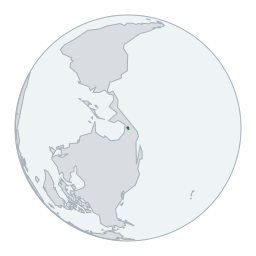 Tlaxcala on an orthographic globe, rotated 214°
{"feature_id": "MEX-2726", "entity_name": "Tlaxcala", "entity_type": "State", "adm_level": 1, "iso_a3": "MEX", "parent_name": "Mexico", "parent_adm1": "", "projection": "orthographic", "projection_center": [-98.173, 19.419], "detail": "fine", "context": "on_globe", "style": "filled", "palette": "green", "viewbox_px": 256, "rotation_deg": 214, "n_neighbors": 0, "source": "natural_earth", "source_scale": "10m", "svg_char_len": 8824}
<svg xmlns="http://www.w3.org/2000/svg" viewBox="0 0 256 256"><g transform="rotate(214 128 128)"><circle cx="128" cy="128" r="113" fill="#eef3f6" stroke="#a8b0b8"/><path d="M20.9,162.5L21.1,163.3L20.9,162.5ZM166.1,147.5L163.5,146.6L161.2,150.1L152.0,145.7L148.3,139.4L118.1,130.1L114.5,126.7L113.8,121.1L100.6,102.5L107.8,119.9L103.2,116.5L99.0,110.3L100.7,108.8L97.1,99.7L92.6,96.2L90.0,84.9L94.5,71.2L96.3,73.4L97.2,70.2L94.9,67.3L93.2,66.3L93.1,53.8L86.7,47.2L81.6,48.2L85.1,45.8L73.3,50.3L67.8,50.3L75.9,48.5L78.2,47.0L75.5,45.9L77.2,44.1L76.9,42.7L79.2,40.8L83.8,40.3L85.4,39.2L83.3,38.5L84.4,36.5L87.2,37.6L89.3,34.3L97.3,33.6L102.8,39.5L109.2,38.7L120.0,44.1L120.9,42.5L125.5,44.0L128.4,42.8L129.6,44.4L130.8,42.1L129.1,40.9L129.1,39.5L130.6,38.8L132.4,40.7L131.9,41.3L133.2,41.5L133.5,42.8L134.2,41.8L136.2,44.3L136.5,40.8L139.9,42.1L140.7,44.1L137.6,45.1L131.8,53.3L131.5,56.3L134.3,59.1L145.6,61.4L146.6,64.4L150.1,67.5L150.9,65.1L148.5,61.9L150.9,58.6L147.6,55.4L148.1,53.7L146.0,50.3L149.5,49.6L154.1,50.9L156.1,53.9L158.1,54.7L158.8,51.1L165.0,56.3L173.4,59.4L174.7,61.1L172.5,65.2L165.9,66.7L163.1,73.4L168.2,68.0L171.2,72.8L173.1,73.3L174.8,72.6L174.9,70.5L176.6,72.1L172.2,77.6L170.6,76.2L172.0,74.4L169.0,75.3L166.0,79.7L167.8,82.1L161.5,87.1L162.7,89.0L161.9,91.4L160.5,87.9L163.0,94.4L155.8,103.2L159.1,115.0L152.4,106.4L147.8,105.9L142.5,106.6L143.0,108.6L135.4,107.8L129.4,112.4L128.5,122.1L132.2,129.1L140.6,128.8L142.4,124.6L148.2,123.2L145.4,134.5L155.7,135.0L155.4,143.1L158.6,147.0L163.4,145.3L168.5,146.5L171.7,141.3L176.9,137.9L177.6,144.4L180.1,137.9L183.3,140.4L193.5,137.9L192.9,139.6L201.5,145.0L210.0,145.8L211.9,149.7L211.0,152.9L213.7,152.7L213.7,154.6L223.6,153.0L227.9,155.1L227.2,161.4L222.5,170.5L215.9,186.5L206.9,194.3L202.9,200.4L193.0,210.1L187.8,211.2L187.5,214.3L183.2,217.2L179.4,218.3L177.3,220.8L174.3,221.5L175.2,222.5L168.5,226.3L168.0,228.3L162.6,231.0L162.4,231.9L161.1,232.1L159.2,232.8L158.4,233.4L155.2,233.1L156.5,230.6L159.3,229.0L157.6,229.0L163.8,224.6L161.2,225.7L165.3,219.3L170.8,213.2L177.8,195.0L176.3,191.6L169.1,188.4L160.6,175.0L163.5,168.4L161.4,165.7L168.4,155.7L166.1,147.5ZM38.1,112.6L38.7,110.0L39.3,111.9L38.1,112.6ZM38.4,108.2L38.3,109.1L38.3,108.3L38.4,108.2ZM37.9,107.5L38.3,108.0L37.8,107.7L37.9,107.5ZM37.2,106.9L37.6,107.1L37.2,106.9ZM159.2,119.2L171.0,123.3L165.0,124.9L166.0,123.7L162.9,121.7L157.3,120.3L151.9,122.2L159.2,119.2ZM36.3,105.1L36.1,104.6L36.6,104.5L36.3,105.1ZM163.0,111.9L161.1,111.7L162.9,111.4L163.0,111.9ZM92.2,66.2L94.7,67.5L96.1,70.8L93.8,69.9L92.2,66.2ZM89.8,60.3L91.5,60.2L90.4,63.3L89.8,62.4L89.8,60.3ZM77.5,49.6L79.2,50.1L76.9,50.2L77.5,49.6ZM76.4,42.8L75.4,43.3L75.7,42.4L76.4,42.8ZM144.2,50.9L145.0,50.6L145.0,51.4L144.2,50.9ZM142.4,49.8L141.7,50.9L140.8,50.6L141.2,49.9L142.4,49.8ZM79.5,38.8L80.3,37.4L80.3,38.7L79.5,38.8ZM143.5,48.5L139.2,49.9L137.5,49.3L137.9,46.2L143.5,48.5ZM81.2,36.5L83.0,33.4L80.8,34.0L88.0,30.8L84.1,34.3L84.5,35.7L82.9,35.6L81.2,36.5ZM128.0,40.8L129.8,42.1L126.9,41.7L128.0,40.8ZM126.1,40.9L117.2,42.4L115.3,40.3L118.7,40.1L115.1,38.3L118.5,36.5L121.3,37.2L121.8,38.8L122.7,36.9L126.1,40.9ZM91.6,29.6L92.7,28.9L92.4,29.6L91.6,29.6ZM128.9,38.9L127.3,39.3L125.5,37.5L128.4,36.5L128.1,37.4L128.9,38.9ZM112.5,38.7L111.7,37.4L114.2,35.5L114.3,34.8L118.5,36.3L112.5,38.7ZM129.2,37.4L130.0,36.0L132.2,36.3L130.4,38.5L129.2,37.4ZM123.8,37.6L123.1,36.7L124.5,36.8L123.8,37.6ZM140.4,36.8L138.5,37.0L137.4,36.1L140.4,36.8ZM130.1,35.5L129.3,35.4L128.7,35.2L129.6,34.4L130.1,35.5ZM120.0,35.0L121.2,34.6L118.4,34.3L120.2,33.1L122.7,34.4L122.4,33.3L122.9,33.0L124.3,34.5L120.0,35.0ZM128.6,32.7L132.4,34.3L136.1,33.9L137.2,34.7L131.0,35.2L128.6,32.7ZM126.0,33.6L127.9,33.2L128.2,34.3L127.2,35.2L126.0,33.6ZM120.5,31.8L117.1,33.3L116.7,33.0L120.5,31.8ZM129.6,32.4L128.7,32.0L129.9,32.2L129.6,32.4ZM123.3,31.7L122.1,32.2L121.7,31.9L123.3,31.7ZM127.8,31.0L129.0,31.4L128.4,32.0L127.8,31.0ZM125.7,31.1L125.3,30.5L127.4,32.0L125.2,31.4L125.7,31.1ZM123.0,31.3L122.4,31.2L123.6,31.1L123.0,31.3ZM129.7,28.7L132.5,30.4L131.0,31.6L128.5,29.7L129.7,28.7ZM159.8,234.0L155.1,233.4L158.1,233.6L161.7,232.2L163.6,232.8L159.8,234.0ZM169.8,230.0L173.1,228.8L173.4,228.9L171.2,229.8L169.8,230.0ZM205.7,46.5L205.0,45.9L208.7,50.1L217.8,61.4L219.1,64.2L218.1,64.6L210.3,56.1L208.4,51.0L205.6,48.4L202.2,46.7L201.9,45.4L200.3,44.3L199.2,42.5L193.9,38.0L192.3,36.3L186.6,32.9L184.9,31.7L188.8,34.0L190.5,34.8L185.9,31.4L184.0,30.3L180.7,28.5L179.8,28.0L177.2,26.7L172.8,24.6L175.9,26.3L172.1,24.8L167.5,22.9L166.8,22.9L174.3,26.0L176.8,27.1L178.1,27.5L185.4,31.3L187.7,32.9L182.3,30.4L185.0,32.7L179.5,30.2L162.5,22.4L157.3,20.3L156.2,19.0L159.5,19.9L161.5,20.7L163.0,20.9L161.3,20.4L160.6,20.2L168.9,23.0L176.9,26.5L184.7,30.7L192.1,35.4L199.1,40.7L205.7,46.5ZM160.5,20.2L156.7,19.1L156.1,18.9L153.5,18.4L152.3,18.0L153.9,18.4L147.1,17.0L145.7,16.8L160.5,20.2ZM142.2,16.3L142.1,16.2L141.1,16.1L142.2,16.3ZM138.0,15.8L137.6,15.8L134.8,15.7L133.4,15.5L134.2,15.6L138.0,15.8ZM133.3,15.5L132.1,15.5L131.5,15.4L131.6,15.5L130.5,15.4L128.2,15.4L128.7,15.5L118.8,16.8L113.3,17.3L113.8,16.7L105.4,18.6L99.8,19.7L100.9,19.6L97.7,21.0L99.4,20.6L99.6,20.7L92.0,24.9L89.1,26.1L87.1,28.5L87.7,28.6L89.7,27.8L88.0,30.8L80.8,34.0L79.9,33.6L76.1,36.2L74.5,35.1L71.5,35.6L72.0,33.4L69.6,34.3L68.4,35.3L64.1,37.5L59.6,39.3L68.6,33.5L76.5,31.5L73.8,31.8L76.0,30.6L76.0,30.0L73.9,30.5L72.7,31.3L77.6,27.4L76.8,27.7L84.3,24.2L92.2,21.2L100.2,18.9L108.3,17.1L116.6,15.9L125.0,15.4L133.3,15.5ZM240.2,118.4L240.3,119.8L239.6,117.6L235.5,106.9L234.0,99.9L231.3,93.7L219.3,64.7L219.6,63.6L214.7,56.1L219.9,62.9L224.6,70.0L228.7,77.5L232.2,85.3L235.2,93.3L237.5,101.5L239.2,109.9L240.2,118.4ZM226.7,77.0L227.8,79.0L226.7,77.0ZM193.8,137.7L195.1,138.7L193.5,139.1L193.8,137.7ZM164.5,127.8L166.8,127.6L168.1,128.4L166.4,129.0L164.5,127.8ZM183.1,124.7L185.6,124.7L183.2,125.8L183.1,124.7ZM172.7,123.7L181.1,124.9L176.4,127.8L171.0,127.1L174.5,125.9L172.7,123.7ZM162.6,115.9L164.2,116.1L163.9,117.4L162.6,115.9ZM164.4,111.7L163.8,111.9L162.9,111.0L164.4,111.7ZM171.5,72.5L171.9,72.1L173.8,71.8L173.2,72.9L171.5,72.5ZM180.2,66.1L182.8,68.9L180.5,67.5L180.3,69.2L175.3,68.8L175.1,61.9L176.0,65.0L180.2,66.1ZM168.5,66.6L171.7,67.4L168.2,66.9L168.5,66.6ZM192.4,40.6L193.3,40.5L195.5,42.1L197.6,45.2L194.4,42.8L192.4,40.6ZM194.0,40.1L187.9,37.3L186.4,35.5L188.3,36.9L187.9,36.1L190.8,38.1L195.2,39.6L197.5,41.2L200.1,45.4L198.0,43.0L197.3,43.1L194.0,40.1ZM175.3,36.0L172.7,35.5L172.7,32.3L175.2,33.1L177.4,36.0L175.9,36.7L175.3,36.0ZM144.9,43.1L143.8,43.7L143.3,43.1L143.8,42.1L144.9,43.1ZM139.6,37.0L148.7,40.1L148.0,40.9L154.2,42.2L154.8,44.8L150.8,43.8L155.8,47.0L152.5,47.2L156.1,49.2L147.1,46.7L144.2,47.2L147.2,45.6L146.7,43.1L145.7,42.1L140.6,40.1L134.2,40.3L132.8,38.1L133.4,36.6L134.7,36.2L135.3,37.6L136.6,36.1L138.4,37.9L139.6,37.0ZM141.9,23.7L142.0,24.8L145.0,23.4L146.8,24.6L147.0,24.4L149.5,25.3L153.0,26.0L153.3,26.7L154.5,26.7L156.2,27.4L157.9,27.7L159.2,29.1L161.4,29.7L160.8,30.0L164.3,30.7L162.2,30.9L164.2,32.0L165.1,31.2L167.8,39.5L170.5,43.4L173.9,46.7L170.0,47.0L164.3,44.3L158.4,40.5L156.4,36.9L155.0,37.9L153.6,36.5L155.3,36.3L151.9,35.9L151.2,34.8L146.0,32.4L141.4,32.7L139.4,32.0L140.8,31.3L137.8,31.1L139.1,29.4L137.7,28.9L137.6,26.9L141.2,26.1L139.3,25.6L139.1,24.3L141.9,23.7ZM129.8,28.1L133.7,26.5L136.6,26.5L135.6,30.1L136.7,30.8L136.1,33.4L132.0,33.4L132.5,32.6L132.1,31.9L133.5,32.1L132.0,31.4L132.7,30.3L131.7,29.5L133.2,29.2L129.8,28.1ZM211.6,52.6L209.6,50.4L208.9,49.6L209.6,50.4L211.6,52.6ZM206.5,47.3L208.6,49.4L207.8,48.6L206.5,47.3ZM187.9,33.3L186.8,32.5L187.5,32.8L188.9,33.7L187.9,33.3ZM151.2,20.9L150.8,21.3L150.1,21.1L147.2,21.3L145.6,20.6L146.7,20.2L151.2,20.9ZM149.1,20.2L148.1,20.3L147.9,19.9L149.1,20.2ZM144.3,20.1L143.8,19.6L145.1,20.6L144.3,20.1ZM134.3,16.2L140.1,16.4L143.2,16.6L143.3,16.5L145.6,17.0L140.8,16.7L134.3,16.2ZM120.9,16.7L120.8,17.1L119.2,17.1L120.9,16.7ZM122.0,16.8L124.9,17.1L123.8,17.5L121.7,17.1L122.0,16.8ZM137.2,17.9L139.0,18.0L139.1,18.3L137.2,17.9ZM21.6,165.0L21.7,165.3L21.7,165.2L21.6,165.0ZM21.1,163.4L20.8,162.6L21.1,163.4ZM70.6,31.1L70.1,31.4L70.6,31.1ZM91.8,29.0L92.7,28.9L91.4,29.4L91.8,29.0ZM100.7,20.5L100.8,20.8L99.3,21.2L100.7,20.5ZM100.5,21.8L102.0,21.1L100.9,21.9L100.5,21.8ZM105.4,19.8L102.9,20.9L104.5,19.8L105.4,19.8Z" fill="#d9dde1" stroke="#a8b0b8" stroke-width="1"/><path d="M127.9,127.4L127.9,127.5L128.0,127.5L128.2,127.4L128.3,127.5L128.2,127.6L128.3,127.6L128.5,127.7L128.6,127.8L128.6,128.0L128.7,127.9L128.8,127.9L128.8,128.0L129.0,128.1L128.9,128.3L128.8,128.2L128.7,128.2L128.6,128.3L128.6,128.5L128.4,128.5L128.3,128.4L128.2,128.4L128.2,128.5L127.9,128.6L127.8,128.4L127.7,128.4L127.6,128.2L127.4,127.9L127.4,128.0L127.2,127.9L127.0,127.7L127.3,127.6L127.5,127.6L127.8,127.5L127.8,127.4L127.9,127.4Z" fill="#22c55e" stroke="#15803d" stroke-width="1.5"/></g></svg>